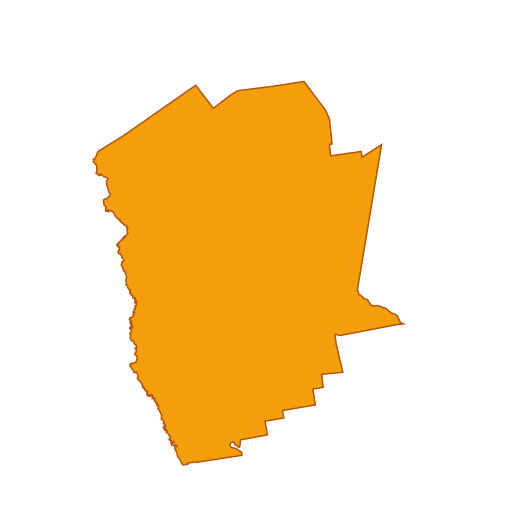 the district of Graneros, Tucumán, Argentina, rotated 249°
{"feature_id": "61730980B10036181744679", "entity_name": "Graneros", "entity_type": "district", "adm_level": 2, "iso_a3": "ARG", "parent_name": "Argentina", "parent_adm1": "Tucumán", "projection": "orthographic", "projection_center": [-65.334, -27.735], "detail": "fine", "context": "isolated", "style": "filled", "palette": "amber", "viewbox_px": 512, "rotation_deg": 249, "n_neighbors": 0, "source": "geoboundaries", "source_scale": "gbopen_adm2", "svg_char_len": 6120}
<svg xmlns="http://www.w3.org/2000/svg" viewBox="0 0 512 512"><g transform="rotate(249 256 256)"><path d="M410.2,145.9L404.6,140.7L404.8,139.0L402.3,138.0L397.6,139.6L392.3,137.9L390.8,136.4L390.3,136.4L389.3,137.8L387.5,138.2L387.1,139.0L387.2,139.7L388.1,139.8L387.8,141.0L384.9,142.1L382.7,144.7L381.2,145.7L380.7,145.4L379.2,143.0L376.4,142.6L375.4,141.9L373.6,142.2L368.0,141.5L366.3,142.2L365.1,141.6L364.1,140.4L363.7,138.3L363.0,137.6L363.4,134.7L362.6,133.6L361.6,133.1L360.1,133.0L358.5,132.4L355.4,133.5L352.2,131.6L350.4,134.1L351.9,133.7L352.1,134.3L351.8,134.8L351.0,135.1L350.9,135.9L350.2,136.4L349.7,137.7L346.1,139.0L345.3,138.7L344.2,139.2L343.4,138.9L340.3,140.4L339.1,141.3L338.9,142.0L337.9,141.4L337.2,141.9L336.0,142.1L335.5,142.8L335.0,142.6L334.2,143.5L332.1,143.9L331.5,145.0L330.4,145.5L330.4,146.0L328.8,146.1L328.5,145.4L327.5,146.2L326.9,145.2L324.5,144.3L323.1,144.6L322.6,143.1L320.9,141.5L321.0,140.9L321.5,140.6L321.6,139.9L320.9,139.3L320.4,139.6L320.1,139.3L320.6,138.8L320.0,138.4L320.3,137.8L319.1,136.7L319.1,135.5L318.3,134.5L318.1,133.7L317.4,133.2L317.6,132.3L317.4,131.8L316.8,131.7L316.4,131.2L316.8,129.6L316.1,130.5L315.2,130.2L314.0,130.4L313.7,130.9L314.2,131.5L312.6,131.8L310.8,130.2L310.2,130.4L309.8,128.8L307.4,128.6L307.0,128.9L306.8,130.3L306.6,130.4L304.7,130.3L304.0,130.8L303.0,130.2L300.9,131.2L299.5,131.1L299.3,130.3L298.9,130.3L298.4,128.5L296.7,127.8L296.3,127.2L294.9,127.0L293.6,127.5L292.4,127.2L291.4,127.4L289.5,127.0L289.2,128.0L284.4,128.0L281.7,127.2L280.9,126.7L280.2,125.7L278.4,125.7L276.2,124.8L275.8,124.2L275.2,124.4L274.7,125.2L273.6,125.6L272.5,124.9L270.0,125.5L269.1,126.0L269.1,126.5L268.0,125.5L267.5,125.8L266.9,125.5L266.6,124.8L266.0,124.7L265.7,125.8L264.1,125.6L263.9,126.2L262.9,126.5L260.7,126.1L260.6,126.7L259.8,127.6L260.3,127.9L259.9,128.1L258.2,127.2L258.3,127.6L257.7,128.2L256.7,128.4L256.5,127.9L256.9,127.7L257.0,127.2L256.5,127.2L256.0,126.3L255.5,126.3L255.3,126.6L256.1,126.9L256.0,127.4L255.5,127.1L254.9,127.4L252.9,126.8L252.7,126.6L252.9,126.1L252.4,125.6L252.5,125.0L250.2,124.7L250.2,123.4L249.1,123.6L248.2,121.7L246.9,122.2L247.3,121.4L247.1,121.1L245.8,120.8L245.4,120.1L244.4,120.4L243.0,118.1L243.7,116.7L243.3,116.0L242.1,115.0L241.6,115.2L241.5,115.9L239.9,115.2L239.5,115.6L239.5,116.4L238.8,116.2L238.6,115.5L239.0,115.0L238.6,115.0L238.6,114.5L238.3,114.4L237.8,114.5L237.9,115.0L237.6,115.2L237.0,114.7L236.1,114.6L236.1,115.7L234.7,114.7L234.3,115.7L233.3,115.0L233.2,114.7L233.9,114.8L234.2,114.5L233.7,114.4L233.4,114.0L233.9,113.0L234.5,113.0L234.6,112.6L233.7,112.2L233.5,112.7L232.7,112.8L232.3,113.1L231.7,112.7L230.3,113.0L229.5,112.2L229.5,111.3L229.1,110.6L226.3,110.2L224.8,109.2L223.8,109.0L222.6,109.6L221.7,109.2L221.4,109.5L221.5,110.1L220.0,110.9L218.5,111.4L217.7,110.9L216.6,111.6L216.1,111.6L215.6,112.1L214.0,112.1L212.8,111.4L213.4,110.6L213.1,110.0L212.6,110.0L212.1,110.7L210.3,110.4L209.0,109.2L208.7,108.5L208.2,108.5L207.7,107.6L205.5,108.8L202.7,108.4L202.0,107.5L200.2,106.3L199.9,104.4L200.1,103.0L199.8,102.4L200.2,101.8L200.4,100.0L199.6,100.0L199.3,99.3L198.3,98.8L197.2,99.7L195.2,99.6L194.5,100.3L192.2,100.5L191.3,100.2L190.3,101.3L190.6,102.4L189.7,103.3L188.4,102.9L186.3,103.1L185.8,102.9L185.5,102.1L185.0,101.7L183.7,101.4L182.7,101.6L182.4,102.0L180.2,103.0L180.1,103.4L178.4,103.2L177.8,103.7L176.9,103.5L175.8,103.9L175.6,103.6L175.0,103.7L175.0,103.3L174.4,103.1L173.8,103.5L173.5,103.4L173.1,104.4L172.6,104.0L171.0,104.9L171.0,104.4L170.5,104.3L170.0,105.2L169.3,105.5L169.0,105.3L169.2,105.0L168.4,105.1L168.6,105.4L168.4,106.1L167.4,105.9L166.9,104.9L166.0,104.8L165.5,105.5L165.1,104.9L165.0,105.6L164.2,105.1L163.6,105.5L163.6,106.2L162.9,106.6L163.4,107.4L164.0,107.5L163.5,108.1L163.8,108.6L164.4,108.6L164.4,109.0L163.6,109.3L163.4,108.7L162.8,108.4L162.0,109.5L161.4,108.9L161.0,109.0L160.8,108.2L160.2,108.0L160.0,108.3L160.3,108.9L159.4,109.3L159.7,110.0L159.4,110.8L158.8,110.7L158.3,109.7L157.6,109.3L157.0,109.4L156.3,110.2L155.5,109.8L154.5,111.1L153.6,111.0L153.4,110.2L152.4,110.5L152.2,110.3L152.0,111.0L151.4,111.0L151.0,111.4L150.5,111.2L150.5,110.7L149.4,110.2L149.1,109.6L147.6,110.1L147.0,110.7L145.9,110.2L145.0,110.7L144.1,110.4L142.7,110.7L142.1,111.1L141.4,110.7L140.9,110.9L139.3,109.7L138.2,110.1L137.4,109.0L135.7,110.5L134.1,110.7L132.9,109.5L132.5,109.7L132.6,110.3L130.5,110.6L129.6,110.1L130.2,109.7L129.7,109.2L129.8,108.3L129.1,108.0L128.6,108.2L127.9,109.2L127.7,108.3L127.0,108.2L126.9,108.5L127.5,109.0L127.0,109.4L126.4,108.5L125.8,108.6L125.5,109.2L126.1,109.4L125.5,109.6L125.3,110.4L124.4,110.6L124.5,109.8L123.9,109.2L123.3,109.1L122.3,110.1L119.1,110.7L119.1,111.3L118.0,111.7L117.6,111.1L116.9,111.0L116.3,109.2L115.3,109.2L115.2,109.7L114.9,109.6L114.0,110.8L113.7,110.2L111.7,109.9L111.6,110.1L112.2,111.0L112.0,111.4L112.2,112.7L111.8,112.9L111.3,112.8L111.5,110.1L111.6,109.4L109.0,109.8L108.5,112.9L107.9,114.1L106.6,113.9L107.0,111.9L105.1,111.2L104.6,111.7L103.8,111.3L103.2,111.5L102.4,111.3L101.4,111.7L96.5,111.0L94.9,111.4L93.7,112.1L89.1,112.3L87.1,113.0L86.0,117.9L87.1,118.3L85.1,126.7L84.7,126.7L84.0,129.8L75.0,171.3L76.9,172.2L78.6,171.8L79.9,170.6L83.3,168.4L84.5,166.9L85.2,165.2L86.9,163.9L88.2,164.0L89.9,164.8L90.8,165.8L90.4,167.9L90.0,168.6L89.1,168.9L88.3,168.5L87.7,168.6L86.4,169.9L83.6,171.3L83.7,172.2L84.4,172.9L89.9,175.7L84.9,202.6L98.6,205.2L94.8,223.9L102.2,225.4L95.7,258.1L111.4,261.4L109.4,271.6L122.1,274.9L116.3,295.4L144.5,299.2L154.4,301.5L153.9,302.9L151.6,306.2L141.4,363.3L139.8,369.2L141.6,367.4L142.2,367.1L143.4,367.1L144.0,366.7L145.7,366.9L146.4,366.6L149.0,366.7L151.0,365.6L154.3,362.0L160.8,358.2L162.3,356.0L163.9,354.7L166.1,351.9L167.1,348.6L168.2,346.4L171.0,345.1L175.5,344.4L176.2,343.1L177.3,342.0L180.1,340.5L180.6,340.0L181.5,340.0L182.6,338.7L183.8,338.3L185.8,338.7L187.5,338.2L315.0,413.2L310.2,390.5L315.9,391.6L322.8,361.6L333.9,364.6L333.3,367.1L357.0,373.6L367.0,373.2L401.8,363.3L407.9,334.6L416.6,299.4L416.8,297.7L415.4,290.1L409.2,269.1L437.0,260.9L415.8,175.3L410.2,145.9Z" fill="#f59e0b" stroke="#b45309" stroke-width="1.5"/></g></svg>